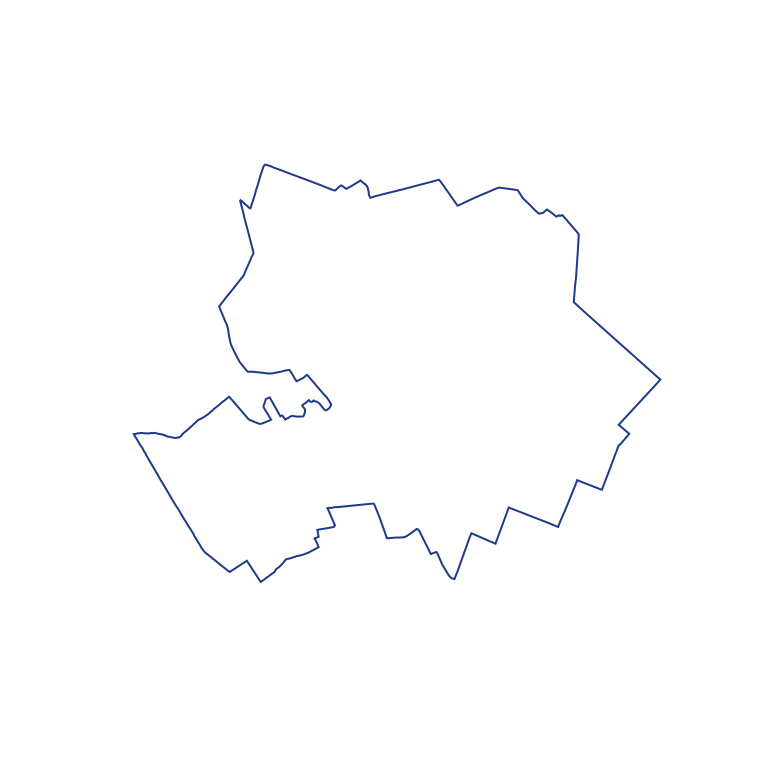 Perisor, Dolj, Romania, rotated 221°
{"feature_id": "2599482B45480684732050", "entity_name": "Perisor", "entity_type": "district", "adm_level": 2, "iso_a3": "ROU", "parent_name": "Romania", "parent_adm1": "Dolj", "projection": "equal_earth", "projection_center": [23.523, 44.157], "detail": "fine", "context": "isolated", "style": "outline", "palette": "blue", "viewbox_px": 768, "rotation_deg": 221, "n_neighbors": 0, "source": "geoboundaries", "source_scale": "gbopen_adm2", "svg_char_len": 6106}
<svg xmlns="http://www.w3.org/2000/svg" viewBox="0 0 768 768"><g transform="rotate(221 384 384)"><path d="M453.2,568.7L459.1,570.3L466.4,572.0L469.3,572.8L474.5,573.9L476.2,574.2L476.4,574.1L476.7,573.9L477.0,573.6L480.8,567.8L492.3,551.0L496.3,545.0L507.7,528.8L514.3,519.2L516.5,515.5L519.5,516.9L521.7,519.0L524.7,521.2L526.9,522.2L529.1,522.4L530.0,522.4L531.4,522.2L535.4,522.2L535.5,522.0L535.5,521.2L538.6,511.6L540.6,506.4L543.0,506.3L545.8,506.1L546.1,506.0L546.5,505.7L546.9,505.3L547.0,504.7L547.2,503.3L547.5,501.1L547.7,498.6L547.9,498.1L548.1,497.7L550.5,496.6L561.2,492.9L577.5,486.9L594.6,480.4L597.0,479.6L601.9,477.8L609.7,474.8L611.9,474.2L616.4,472.3L617.2,471.8L617.8,471.3L617.7,470.0L617.5,468.8L614.2,460.8L609.6,450.8L608.4,447.8L607.2,445.1L606.7,444.3L605.5,441.8L601.5,432.4L600.1,429.3L600.1,429.0L600.2,428.7L600.4,428.6L612.8,428.6L612.8,428.0L612.6,427.8L602.6,421.0L600.8,419.7L598.8,418.1L592.3,413.7L588.7,411.3L574.3,401.4L572.2,400.0L570.5,398.8L568.4,397.2L568.0,396.3L567.8,395.5L567.6,394.3L567.4,393.5L564.9,385.7L562.2,377.0L561.1,374.1L560.3,356.2L560.0,345.9L559.7,341.4L559.4,335.5L559.5,334.6L556.5,332.9L553.2,331.3L544.9,327.1L542.2,326.0L539.9,324.6L538.3,323.6L532.8,318.8L529.7,316.5L527.3,314.6L525.5,313.4L524.0,312.7L517.1,309.7L508.7,306.4L507.1,305.9L506.2,305.7L504.3,305.3L495.6,303.9L495.0,303.9L494.7,304.1L494.1,304.5L491.0,307.2L489.8,308.1L487.4,309.7L483.4,312.6L483.0,312.8L482.5,313.1L480.6,314.4L478.9,315.6L478.4,315.9L475.7,318.2L470.1,325.4L469.2,326.6L467.6,329.1L464.7,332.5L464.4,332.6L461.8,331.8L460.4,331.5L458.0,330.7L457.1,330.4L453.7,329.2L452.2,328.7L451.9,328.7L451.4,329.5L448.9,335.8L448.7,337.2L448.2,340.3L446.2,340.3L444.6,339.9L441.3,339.5L423.4,336.8L418.7,336.4L417.7,336.2L413.6,335.0L412.2,334.5L411.0,334.2L410.8,334.1L410.5,333.8L409.9,332.3L409.6,331.2L409.5,330.6L409.5,330.1L409.5,329.4L409.6,328.8L409.9,327.8L410.2,326.7L410.5,326.0L410.8,325.8L411.2,325.7L411.6,325.6L412.0,325.6L415.0,326.0L416.1,326.2L419.2,326.8L420.9,326.9L422.0,326.7L423.1,326.5L423.4,326.4L424.7,325.7L425.0,325.6L426.2,325.5L426.3,325.4L426.4,325.2L426.5,324.9L426.4,324.4L426.6,323.3L426.7,323.1L426.9,322.9L427.1,322.7L427.7,322.5L428.1,322.4L428.9,322.4L430.0,322.6L430.3,322.3L430.5,319.6L430.6,318.8L430.7,318.4L430.9,317.8L431.8,314.3L431.3,314.1L430.0,313.7L426.8,313.0L426.2,311.9L425.6,311.5L425.2,310.8L424.7,309.7L424.2,308.5L424.0,308.1L423.8,307.7L423.8,306.9L423.8,306.6L424.3,305.9L425.4,304.9L426.6,303.8L427.1,303.3L428.0,302.5L429.2,301.7L429.8,301.3L430.5,300.9L432.2,299.8L432.6,299.3L433.0,298.8L433.3,298.2L433.5,297.6L434.0,295.7L434.1,295.2L434.3,294.8L434.7,294.3L434.8,294.0L434.9,293.7L435.0,292.7L435.1,292.4L436.2,292.6L439.2,293.4L440.0,293.5L440.2,293.4L440.4,293.2L441.0,291.6L446.6,293.6L461.5,298.9L461.7,298.3L463.3,295.1L463.1,294.7L461.4,290.7L460.7,288.7L460.1,288.0L459.6,287.5L458.9,287.2L451.0,284.7L445.7,283.0L448.1,278.1L449.8,274.8L450.4,273.8L450.9,273.1L451.6,272.4L451.9,272.2L456.0,270.7L462.2,268.7L462.6,268.6L463.3,268.6L463.6,268.6L490.0,272.5L492.5,272.8L492.6,272.7L493.5,267.1L493.9,265.6L494.3,263.3L494.6,261.1L494.9,258.9L495.4,256.7L495.5,255.9L496.0,254.0L496.0,253.6L496.1,251.6L496.3,250.1L496.6,248.8L496.7,247.1L497.0,245.5L497.4,244.2L497.7,242.9L498.4,240.4L498.7,239.5L499.3,237.8L499.7,237.0L500.2,235.9L500.8,234.2L500.9,233.9L500.9,233.5L500.8,232.8L500.9,232.3L501.0,230.7L501.3,228.9L501.4,227.3L501.5,226.7L501.5,226.4L502.1,221.4L502.2,220.6L502.3,219.7L502.5,218.6L502.6,218.3L502.9,217.0L503.3,213.5L503.0,212.0L503.1,211.1L503.5,209.6L503.7,209.0L504.6,208.3L505.5,207.0L505.9,206.5L506.9,205.8L507.7,205.3L511.0,203.5L513.2,202.2L513.5,202.0L515.6,201.4L515.7,201.6L518.0,200.6L518.2,200.4L518.7,200.1L520.0,199.4L522.1,198.1L522.9,197.7L524.4,197.1L524.7,196.9L525.3,196.4L525.9,195.6L526.0,195.4L526.5,195.0L527.8,194.1L527.9,193.9L528.0,193.6L528.3,193.2L528.6,192.8L530.1,191.6L530.6,191.1L531.2,190.6L532.4,189.7L532.8,189.4L533.2,189.1L534.4,188.4L535.3,187.6L536.6,186.1L537.5,185.2L538.1,184.4L538.4,183.7L539.2,182.9L539.9,181.9L538.9,181.6L537.4,181.1L536.8,180.9L534.4,180.2L533.6,179.9L528.1,178.1L526.3,177.6L524.7,177.3L523.6,176.9L521.8,176.1L520.7,175.7L519.3,175.4L517.5,174.7L516.5,174.1L515.4,173.9L510.9,172.3L499.8,168.6L498.6,168.2L497.7,167.9L495.7,167.2L490.2,165.2L480.0,161.9L471.4,159.0L470.5,158.7L466.9,157.5L462.8,156.1L456.2,154.3L454.5,153.7L449.4,151.9L446.4,151.0L438.4,148.5L434.9,147.5L433.7,147.2L431.2,146.3L429.2,145.7L428.9,145.6L428.4,145.3L427.2,144.8L423.8,143.8L422.8,143.4L417.3,141.7L414.3,140.6L413.5,140.4L408.7,139.5L377.2,140.8L371.5,160.6L347.1,153.7L343.3,170.6L344.0,173.4L343.0,177.2L342.7,182.9L342.9,185.8L342.8,187.6L340.5,190.8L337.1,196.5L333.9,200.9L330.6,206.6L326.3,217.9L329.3,219.6L335.0,221.9L333.1,225.8L338.6,230.2L328.1,243.1L328.3,245.2L331.3,246.6L342.9,252.2L345.3,253.2L344.6,254.1L342.6,255.8L340.6,258.4L337.0,262.0L314.0,286.4L313.4,286.8L312.5,286.8L309.2,285.2L299.3,280.1L280.6,269.5L276.0,274.1L274.6,275.6L274.1,276.1L273.0,277.0L271.9,278.0L269.3,280.5L268.3,281.6L267.8,282.4L267.4,283.3L266.8,285.2L264.5,294.6L264.3,296.0L263.7,296.2L262.5,296.6L261.0,296.3L237.1,286.4L234.8,290.7L234.1,291.6L232.7,291.3L221.3,285.8L209.0,281.9L205.5,281.8L202.9,283.1L205.9,291.7L210.2,302.5L212.1,307.5L218.3,323.4L220.1,328.7L195.1,336.6L208.8,372.6L168.4,387.1L158.8,390.3L160.0,393.6L162.5,401.1L164.6,407.9L166.9,414.8L173.3,433.3L174.3,436.0L175.2,438.1L153.4,445.9L150.2,447.1L152.0,452.2L153.8,457.0L157.3,466.7L163.1,482.1L164.0,484.7L165.4,488.5L166.5,491.0L166.2,493.3L166.1,496.7L166.2,507.3L180.1,507.2L178.3,566.1L178.3,568.6L201.7,568.9L279.8,569.9L294.5,570.3L297.9,574.9L303.9,583.0L309.1,590.6L319.0,603.6L324.8,611.3L335.2,624.8L343.1,626.1L360.3,628.5L361.4,626.2L362.7,626.1L363.7,623.4L369.8,623.2L375.5,622.6L376.3,617.3L378.7,614.3L381.6,614.1L391.3,614.8L401.3,615.4L410.1,618.0L411.3,617.4L418.8,612.5L425.9,607.8L427.4,605.4L433.3,593.2L437.2,585.3L445.2,567.2L445.5,566.8L448.5,567.6L453.2,568.7Z" fill="none" stroke="#1e3a8a" stroke-width="2"/></g></svg>